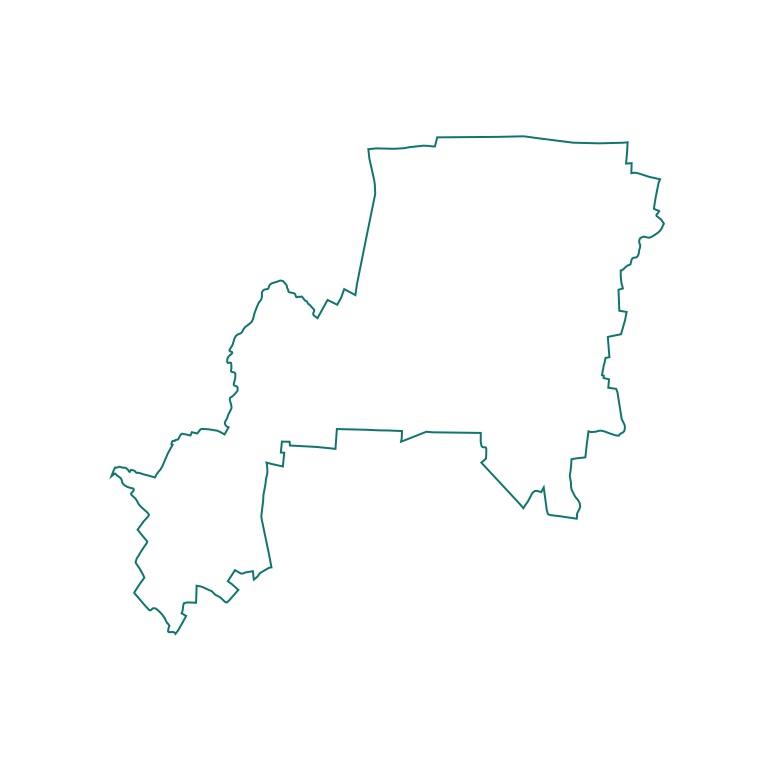 Chau Thanh, Tiền Giang, Vietnam (Natural Earth projection), rotated 193°
{"feature_id": "81297802B2434648618604", "entity_name": "Chau Thanh", "entity_type": "district", "adm_level": 2, "iso_a3": "VNM", "parent_name": "Vietnam", "parent_adm1": "Tiền Giang", "projection": "natural_earth1", "projection_center": [106.308, 10.422], "detail": "fine", "context": "isolated", "style": "outline", "palette": "teal", "viewbox_px": 768, "rotation_deg": 193, "n_neighbors": 0, "source": "geoboundaries", "source_scale": "gbopen_adm2", "svg_char_len": 6155}
<svg xmlns="http://www.w3.org/2000/svg" viewBox="0 0 768 768"><g transform="rotate(193 384 384)"><path d="M628.8,232.8L626.2,236.2L625.5,236.2L623.7,234.9L619.4,233.1L617.8,231.2L617.3,229.9L616.0,228.1L613.4,226.7L610.7,226.0L607.0,225.7L605.0,225.8L604.2,225.2L604.0,223.8L605.8,220.4L605.1,219.1L603.2,218.0L600.9,216.8L598.9,215.1L596.1,211.8L593.4,209.8L586.5,206.0L584.4,204.6L583.6,203.6L584.1,201.7L587.3,196.1L591.3,186.6L585.6,182.1L580.4,178.2L579.2,177.2L579.5,175.3L581.6,170.1L583.1,166.1L584.5,161.4L585.6,158.7L586.0,154.8L585.3,153.5L580.8,149.4L575.7,143.8L573.9,141.3L574.6,139.9L576.8,134.7L580.1,125.7L580.4,124.3L567.2,114.5L561.7,110.8L560.8,110.9L560.3,111.2L558.9,113.3L557.1,113.9L555.7,113.8L553.2,112.6L550.9,111.2L548.3,109.5L545.0,106.5L541.7,102.5L540.4,101.7L538.7,100.2L538.9,99.2L539.0,96.5L538.8,94.7L538.6,94.2L537.6,93.8L533.9,94.9L533.0,94.8L532.2,94.7L531.5,94.3L531.0,93.7L529.3,97.3L526.4,106.9L524.6,113.5L529.6,115.0L529.3,116.9L529.4,119.7L529.8,123.0L529.7,124.7L529.5,125.5L526.3,127.0L517.9,128.6L521.2,145.3L517.2,145.5L515.7,145.3L514.2,145.2L508.0,143.8L506.2,143.6L505.1,143.3L501.6,141.0L500.3,140.5L496.3,139.5L494.9,138.9L490.2,136.1L489.0,135.7L487.7,136.0L486.1,138.5L479.6,150.6L487.3,154.8L491.8,156.7L487.3,169.1L481.1,167.2L480.2,167.2L479.3,167.4L476.0,169.5L469.7,172.1L466.8,164.1L464.1,167.7L462.2,172.0L455.5,178.3L453.5,179.7L452.4,180.0L453.4,182.3L457.8,192.3L472.5,224.2L473.8,227.4L475.5,243.1L476.5,248.7L477.0,260.0L477.6,265.0L477.6,270.4L477.9,272.5L479.7,278.6L480.8,281.0L476.1,280.8L464.0,280.9L465.7,294.6L469.1,294.0L470.5,304.9L463.0,306.5L461.8,302.9L435.6,307.5L416.7,309.9L419.8,329.5L390.6,335.5L379.0,337.6L369.2,339.7L355.9,342.2L354.5,335.1L354.4,331.6L332.0,347.0L325.6,347.9L278.7,358.1L276.8,349.6L275.3,346.1L274.5,345.1L273.7,344.8L273.0,344.7L270.8,345.1L270.4,344.9L270.1,344.6L269.8,344.0L269.2,341.6L267.8,334.3L269.1,332.4L271.5,329.3L229.5,300.9L222.4,296.0L220.3,294.3L219.0,298.0L217.4,301.8L215.6,308.5L215.4,309.9L214.5,311.8L212.6,313.9L210.1,314.3L206.5,314.0L205.1,319.1L197.0,297.7L195.5,295.0L195.0,294.2L194.3,293.9L192.4,293.7L182.1,294.8L165.9,296.1L166.0,298.4L166.6,299.8L166.6,301.6L165.4,306.5L165.3,308.9L166.5,311.9L168.8,314.5L172.5,317.3L177.5,323.3L178.7,326.2L179.5,329.5L182.0,335.5L182.4,336.8L182.6,340.6L183.3,346.5L184.4,352.9L179.1,355.1L171.3,357.8L173.0,372.0L174.1,383.9L171.8,383.7L169.6,384.3L167.3,385.0L164.1,386.7L162.1,387.4L158.5,387.4L152.1,386.5L147.0,386.1L143.6,386.4L142.9,388.1L142.4,388.8L140.2,390.6L139.5,391.8L139.2,393.4L139.6,396.1L140.0,397.4L140.8,398.8L144.8,403.7L145.4,405.5L154.6,428.3L156.7,431.5L164.6,430.8L165.8,439.2L171.4,439.2L171.7,441.5L173.6,441.6L174.1,452.3L173.8,454.0L174.0,456.3L174.0,459.2L170.4,460.9L176.5,480.1L175.1,480.9L164.2,485.8L163.5,500.9L163.8,508.8L171.2,508.3L176.7,528.6L172.7,530.9L175.3,535.7L177.3,541.3L178.9,547.9L178.2,548.1L177.5,548.7L176.3,550.0L175.1,552.1L173.2,554.3L170.8,555.9L170.7,561.0L170.1,562.5L169.4,563.1L166.9,564.0L166.0,564.8L165.6,565.6L165.1,567.8L165.5,572.0L165.2,574.5L165.5,576.7L167.3,579.6L167.5,580.6L167.5,582.4L167.3,583.3L166.9,584.0L164.3,586.0L159.0,586.1L157.1,586.9L153.5,590.4L150.9,593.3L149.6,595.3L148.4,598.2L147.8,601.6L147.3,603.1L150.8,606.5L156.0,608.9L156.4,609.3L156.6,609.9L156.5,610.5L155.5,612.1L154.8,614.4L160.4,615.4L160.9,621.0L161.3,627.6L161.7,642.2L161.0,645.6L171.9,645.5L184.1,646.5L186.3,646.4L188.6,645.8L190.4,645.1L192.4,654.9L197.7,653.2L199.2,663.9L201.0,674.3L205.2,672.9L228.5,666.9L253.9,661.7L289.2,658.1L301.7,657.0L304.7,656.5L328.3,650.5L387.6,636.3L387.8,626.9L390.5,626.4L394.2,626.0L399.2,625.1L412.1,620.6L417.7,618.2L427.3,615.4L444.3,611.9L452.1,609.3L448.9,600.2L439.6,580.8L437.9,576.6L435.3,567.2L434.2,523.7L432.8,475.1L431.9,464.2L444.1,467.5L445.1,459.0L447.4,450.7L457.9,453.2L463.6,433.2L467.9,435.0L468.6,435.9L468.9,437.5L468.5,438.8L468.5,440.1L469.3,441.1L471.0,442.1L473.7,444.1L476.3,445.3L477.5,447.0L478.2,447.3L479.8,447.6L483.6,450.7L484.1,450.7L485.3,450.0L486.9,449.8L487.8,449.2L488.6,448.9L489.4,449.2L490.8,451.6L491.4,451.9L492.4,452.2L496.8,452.1L497.5,452.3L498.0,452.7L498.6,454.3L500.1,455.9L501.0,458.1L501.4,458.6L505.1,461.3L505.9,461.6L508.3,461.5L510.9,459.8L515.9,456.9L517.5,455.2L517.9,454.1L518.1,451.4L518.4,450.7L519.1,450.1L520.8,449.6L522.2,448.7L522.8,448.0L523.4,446.4L523.5,445.0L522.6,442.2L522.6,439.6L522.9,438.0L524.3,435.2L525.1,431.1L526.1,424.0L526.2,418.2L526.8,415.2L527.3,414.2L528.1,413.0L532.0,408.4L533.1,406.1L533.8,403.2L534.2,402.2L535.1,401.1L537.6,399.4L538.2,398.7L539.2,397.4L540.0,394.2L540.2,389.6L540.4,388.1L540.7,386.8L542.0,383.3L542.1,382.6L542.0,381.7L541.7,381.4L541.3,381.2L539.5,381.1L539.0,380.6L538.9,380.2L539.1,379.4L539.6,378.6L540.9,377.0L541.9,375.2L542.3,373.5L542.2,372.4L541.9,370.5L541.0,369.4L540.5,369.4L539.2,370.1L538.4,370.3L537.9,370.2L537.6,369.8L537.3,369.1L536.6,366.5L536.2,364.7L536.0,362.1L535.4,361.6L532.3,361.5L531.9,361.3L531.3,360.7L530.8,359.3L530.3,356.4L530.4,351.5L530.4,349.9L530.1,349.3L529.8,349.0L528.8,348.7L526.9,348.5L526.0,347.8L525.7,347.1L525.3,345.3L525.3,344.3L526.9,341.0L528.6,338.3L529.0,337.8L530.4,336.5L530.9,335.6L530.8,334.1L527.8,328.4L527.3,326.9L527.2,326.0L527.9,322.5L528.4,320.6L528.7,320.1L529.2,315.2L530.3,311.5L530.4,310.5L530.0,309.5L529.6,308.8L528.4,307.6L527.9,307.3L525.7,306.9L528.0,299.0L532.4,300.3L535.9,301.0L544.8,300.4L550.6,299.4L551.4,299.2L552.6,298.6L554.8,293.8L560.4,293.8L561.0,290.3L567.8,290.3L569.6,290.1L570.1,289.6L570.6,288.9L571.4,286.8L571.7,285.1L572.2,283.7L572.7,283.3L574.6,282.6L575.1,281.5L575.5,281.3L576.9,281.1L577.3,280.6L577.5,279.7L577.6,277.5L576.3,277.2L579.1,267.4L581.2,255.3L581.6,253.4L582.9,249.6L583.7,248.4L585.1,245.3L586.2,241.4L593.0,241.8L598.5,241.9L602.4,242.3L603.2,242.3L605.2,241.7L607.4,243.2L609.2,243.5L610.8,243.5L611.2,243.3L611.5,242.8L611.6,241.7L611.9,241.2L612.1,241.1L612.8,241.5L614.0,242.7L616.7,244.2L618.2,244.1L619.0,243.8L620.5,243.7L622.9,243.9L624.1,243.5L624.8,242.8L625.7,242.3L627.2,242.1L627.9,239.4L628.8,232.8Z" fill="none" stroke="#0f766e" stroke-width="2"/></g></svg>